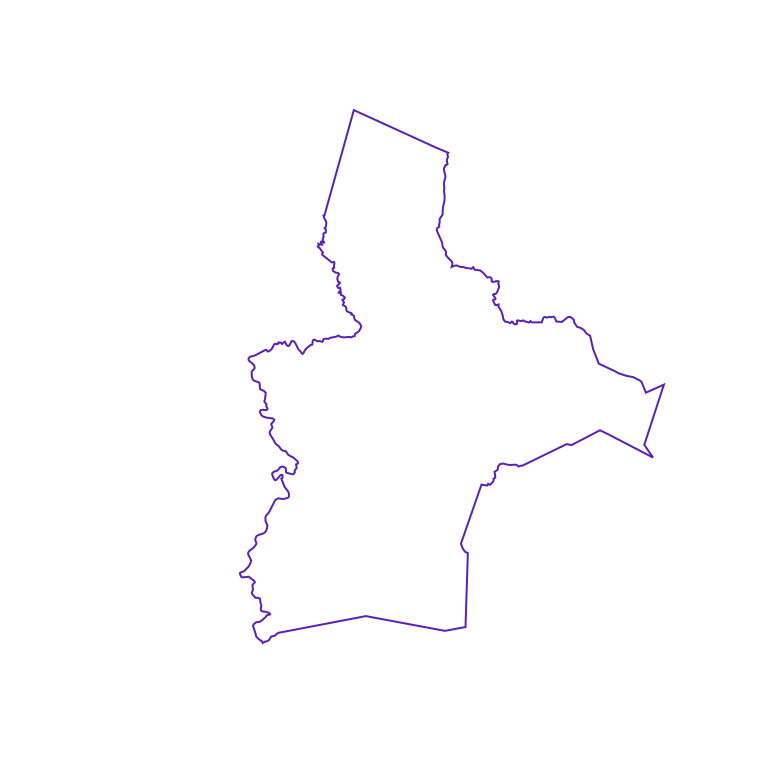 Esquias, Comayagua, Honduras (Natural Earth projection), rotated 149°
{"feature_id": "27666195B47131670478697", "entity_name": "Esquias", "entity_type": "district", "adm_level": 2, "iso_a3": "HND", "parent_name": "Honduras", "parent_adm1": "Comayagua", "projection": "natural_earth1", "projection_center": [-87.395, 14.652], "detail": "fine", "context": "isolated", "style": "outline", "palette": "violet", "viewbox_px": 768, "rotation_deg": 149, "n_neighbors": 0, "source": "geoboundaries", "source_scale": "gbopen_adm2", "svg_char_len": 6166}
<svg xmlns="http://www.w3.org/2000/svg" viewBox="0 0 768 768"><g transform="rotate(149 384 384)"><path d="M268.8,634.3L348.3,559.1L349.1,559.5L349.8,557.0L349.9,553.3L350.6,551.5L353.4,548.3L354.7,548.2L354.7,547.8L354.2,546.5L355.9,543.8L357.6,544.3L358.4,544.1L358.9,543.5L360.2,540.9L361.5,540.4L362.4,538.1L362.5,536.1L362.8,536.1L364.2,538.3L364.7,538.5L365.3,537.8L365.3,535.4L367.0,536.4L368.0,538.0L368.6,536.5L370.1,535.9L370.0,535.1L369.2,534.2L368.7,528.0L370.2,527.3L370.3,526.4L366.3,515.4L365.8,514.9L364.0,514.5L363.9,514.0L364.4,512.8L366.0,511.1L366.8,509.3L368.4,509.5L369.5,507.4L368.1,504.4L366.1,502.7L365.9,501.2L368.1,500.1L369.9,498.2L370.7,495.3L369.7,494.0L369.7,493.4L373.8,492.2L373.7,489.7L372.2,489.2L372.1,488.9L372.8,487.0L375.8,485.6L375.5,485.2L373.8,484.7L375.0,482.7L373.8,481.0L373.0,478.4L374.4,477.3L376.2,477.7L376.5,476.5L376.2,474.6L378.6,472.9L377.2,470.4L377.0,469.5L377.1,468.6L377.7,468.0L378.4,465.6L376.4,462.6L375.4,461.6L375.4,461.1L375.9,461.0L376.2,460.5L374.7,458.1L374.9,457.1L375.6,456.0L375.8,453.8L373.7,449.0L373.6,445.5L375.5,443.7L378.5,442.1L383.2,441.8L384.6,440.1L386.6,441.0L387.7,440.7L390.6,442.9L393.5,444.1L395.4,445.3L397.2,447.2L398.3,449.1L400.7,449.2L406.0,451.2L408.4,451.3L410.9,453.1L412.1,453.5L413.2,453.4L414.2,452.3L415.2,452.0L417.1,454.0L419.2,455.0L420.6,457.8L422.1,458.1L423.0,457.6L425.1,454.7L427.0,455.2L431.9,454.5L434.3,453.7L437.3,451.9L438.1,451.7L438.7,452.4L438.8,454.8L439.5,457.7L438.9,465.5L439.4,467.0L440.5,468.2L441.5,468.2L444.8,466.0L446.4,465.8L447.1,466.5L447.4,467.7L447.2,471.3L448.8,471.3L450.7,470.7L451.0,471.3L450.9,472.4L453.0,474.0L453.3,473.9L453.4,473.2L454.1,473.0L455.7,473.6L456.1,474.3L457.9,474.6L459.8,473.2L462.6,471.7L465.7,471.3L467.0,471.8L467.3,473.8L468.1,474.3L479.4,474.9L481.5,475.3L484.5,476.3L486.0,476.1L487.1,475.4L487.6,474.5L487.7,473.3L485.9,468.1L485.8,466.7L486.2,465.3L486.6,464.4L487.4,463.8L490.3,463.1L491.2,462.5L493.2,459.0L494.0,456.4L494.0,454.7L493.5,453.5L490.3,449.7L490.3,448.7L492.8,443.5L492.5,442.7L490.5,440.0L489.9,437.3L493.3,432.9L495.6,430.6L495.6,429.3L495.1,427.3L495.7,426.9L496.3,425.7L496.7,422.6L497.5,422.2L498.5,422.3L501.4,424.5L503.0,425.1L504.4,424.6L505.0,422.8L505.1,420.3L504.4,418.4L501.9,415.6L497.2,411.8L496.6,410.7L496.5,409.7L497.3,409.1L501.3,407.8L501.6,407.0L501.7,405.5L502.3,403.9L506.3,402.1L507.2,400.9L507.6,399.1L507.5,393.6L507.7,389.1L507.2,387.2L506.3,385.1L505.8,380.8L505.2,379.3L502.8,377.0L502.5,372.4L499.5,367.5L498.0,362.3L498.1,360.9L498.9,360.2L500.8,360.4L502.0,357.1L505.2,355.8L506.0,354.1L508.1,353.3L509.5,354.2L513.1,358.0L513.3,359.4L512.0,361.3L511.7,362.6L512.2,364.1L513.8,365.6L514.6,366.0L515.6,366.1L519.9,364.7L523.5,365.5L525.7,365.1L526.5,363.9L527.1,361.0L527.2,358.6L526.8,357.5L525.6,357.3L519.8,359.1L518.6,359.0L518.0,358.3L518.7,356.5L519.6,355.8L520.7,355.8L520.9,355.0L522.2,347.0L521.6,342.0L521.6,340.2L522.2,338.4L523.6,336.4L524.4,336.0L525.4,336.0L529.7,337.3L533.6,340.5L535.9,340.6L537.8,340.1L547.7,333.8L549.8,332.8L552.5,332.1L553.9,331.2L554.9,329.9L556.2,327.4L556.7,323.4L557.1,322.3L558.4,320.8L560.7,318.9L562.4,318.2L564.1,318.0L569.7,319.3L571.8,319.2L574.5,317.1L575.3,313.5L576.0,312.5L580.0,310.9L585.4,310.3L587.2,309.4L588.1,308.2L588.7,301.4L589.6,300.2L591.7,298.6L594.1,297.3L599.1,295.9L600.6,295.7L604.3,296.3L605.0,296.1L605.6,293.7L605.5,291.7L604.7,291.0L599.2,288.5L596.6,281.7L596.7,280.9L597.2,280.3L599.7,279.8L600.3,279.4L602.3,275.2L604.6,273.4L605.2,271.3L604.2,266.9L601.8,265.4L600.9,263.6L602.4,260.6L603.1,257.5L605.6,254.5L606.0,252.8L605.3,251.7L603.1,250.0L601.5,248.3L600.3,246.7L600.1,245.4L600.6,245.2L602.2,245.8L604.1,246.0L605.5,245.1L606.7,245.0L608.6,244.5L613.0,244.2L616.2,245.6L619.3,245.2L620.8,244.4L622.7,236.1L623.6,233.5L622.9,230.1L621.2,226.5L621.4,224.5L618.7,224.5L617.4,223.8L615.0,223.7L613.4,224.2L610.8,225.6L606.9,224.4L604.7,225.1L602.7,225.1L519.1,194.4L458.9,141.0L439.3,133.7L399.2,195.9L400.7,198.0L401.1,199.6L401.2,202.8L400.3,207.5L352.3,247.5L347.8,243.8L347.3,243.9L346.2,244.8L345.0,243.0L341.3,243.9L339.9,244.7L338.8,246.4L336.9,246.4L335.6,248.8L334.5,251.8L330.8,251.9L328.6,254.6L327.5,254.9L326.6,255.5L325.7,255.5L322.9,254.5L320.2,251.7L317.9,249.8L313.0,247.2L312.1,246.3L311.1,244.0L308.5,243.4L307.4,242.7L258.4,238.4L254.8,235.1L222.7,233.1L217.3,224.8L191.3,182.4L192.2,197.8L144.4,239.3L164.0,241.7L162.3,252.1L162.3,253.7L162.7,254.8L166.7,261.4L171.9,266.0L177.6,272.6L179.0,275.3L189.4,290.8L186.8,306.1L182.5,319.1L184.5,323.3L184.7,326.7L185.5,328.8L186.7,331.0L189.1,333.7L189.2,339.1L188.2,341.6L189.6,345.3L190.7,346.1L191.9,346.6L199.6,345.6L204.1,348.8L203.5,352.9L203.7,353.9L204.2,354.5L206.5,355.2L207.4,356.3L210.1,356.9L211.2,358.4L212.1,358.8L213.4,358.6L217.0,355.6L225.3,360.5L226.1,362.5L227.9,361.9L231.5,365.7L231.5,366.3L231.7,366.7L234.1,367.4L236.7,369.7L237.6,369.6L238.3,368.0L239.2,367.1L240.8,367.5L241.8,369.1L241.7,370.7L242.0,371.4L242.4,371.7L244.5,371.1L245.5,372.8L248.1,375.2L248.3,378.2L247.0,381.5L246.0,385.9L246.0,391.2L244.8,393.2L246.8,393.6L248.0,394.6L247.5,399.5L246.7,399.9L245.1,399.3L244.5,399.6L244.3,400.3L244.7,404.0L244.5,404.4L243.9,404.5L242.1,403.8L240.6,404.0L239.4,404.7L235.4,407.8L234.8,409.1L234.5,411.0L233.2,412.2L232.9,413.0L233.9,413.9L238.0,415.4L238.7,415.9L238.8,416.7L237.5,418.8L237.6,420.0L238.3,421.1L240.6,422.0L241.6,427.7L242.8,431.2L243.4,432.1L247.2,435.0L247.5,436.3L247.2,438.1L248.0,438.2L249.2,437.7L250.0,437.8L250.9,438.9L253.9,441.1L255.9,443.7L256.8,443.9L258.0,444.8L260.9,448.4L263.5,449.3L265.7,449.5L263.4,451.9L262.7,453.6L264.3,460.3L264.6,462.8L264.0,463.5L262.7,465.7L262.7,467.6L263.2,470.9L261.3,475.5L259.9,486.9L259.4,488.9L258.8,489.8L257.5,490.3L255.7,490.3L255.2,491.1L254.8,492.2L253.3,493.6L251.3,496.8L246.6,499.0L242.6,504.9L237.6,510.2L235.3,513.7L233.2,518.5L231.1,521.4L229.1,525.5L225.6,528.9L224.2,530.7L222.7,535.7L221.7,537.8L218.8,539.8L218.2,539.9L217.3,539.5L216.4,539.8L216.0,540.3L215.9,541.6L214.9,543.3L214.0,544.4L212.1,545.7L211.5,548.2L209.8,549.1L217.3,559.3L268.8,634.3Z" fill="none" stroke="#5b21b6" stroke-width="2"/></g></svg>